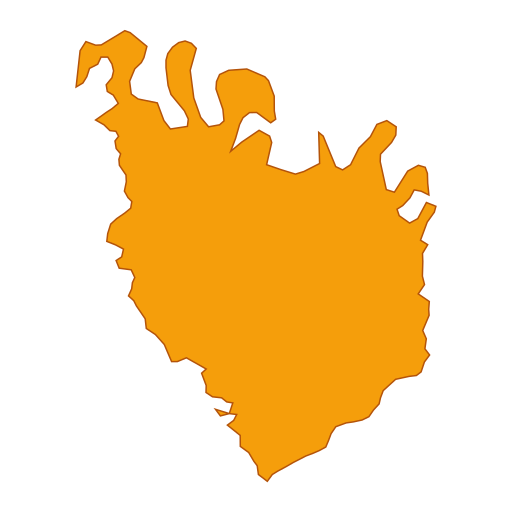 Vitória das Missões, Rio Grande do Sul, Brazil
{"feature_id": "56859067B15655627874316", "entity_name": "Vitória das Missões", "entity_type": "district", "adm_level": 2, "iso_a3": "BRA", "parent_name": "Brazil", "parent_adm1": "Rio Grande do Sul", "projection": "robinson", "projection_center": [-54.476, -28.38], "detail": "fine", "context": "isolated", "style": "filled", "palette": "amber", "viewbox_px": 512, "rotation_deg": 0, "n_neighbors": 0, "source": "geoboundaries", "source_scale": "gbopen_adm2", "svg_char_len": 2694}
<svg xmlns="http://www.w3.org/2000/svg" viewBox="0 0 512 512"><path d="M110.7,224.1L107.7,233.6L106.8,241.4L115.6,244.9L123.5,249.1L121.7,256.9L116.1,260.5L119.2,268.2L131.2,269.8L134.8,277.5L132.4,282.7L131.7,288.8L128.5,295.9L133.8,300.7L136.4,305.9L145.2,318.8L146.3,328.5L155.4,334.5L164.3,344.5L167.2,351.3L171.6,361.6L177.3,361.6L186.4,357.8L206.2,369.0L201.6,373.2L206.2,385.5L206.0,392.5L212.5,396.8L221.6,397.8L226.7,401.9L232.8,402.9L229.3,413.6L236.7,414.5L233.7,420.4L227.4,425.1L240.2,435.4L240.3,446.4L248.7,452.5L253.9,461.3L257.2,465.7L258.4,474.5L267.3,481.3L272.3,474.5L277.6,471.2L286.3,466.5L293.4,462.4L298.7,459.7L305.8,456.0L313.2,453.2L319.2,450.6L325.8,447.0L328.6,440.3L331.1,433.6L335.8,426.7L346.2,422.9L353.3,421.9L362.1,420.0L368.9,416.7L373.5,410.0L379.1,403.9L380.5,397.8L383.2,390.6L395.6,379.3L409.0,376.4L416.4,375.5L421.1,371.9L424.4,362.0L429.6,355.0L424.9,348.8L426.3,338.8L422.7,330.5L429.1,315.3L428.7,309.4L429.3,301.5L418.2,293.9L424.5,284.6L422.4,276.2L422.8,261.7L422.5,253.4L427.7,244.7L420.5,240.2L427.2,222.1L434.3,212.2L435.9,206.3L426.4,202.5L417.8,218.6L409.6,223.1L399.2,215.7L397.0,209.2L402.7,205.6L409.9,197.9L414.2,189.9L421.2,191.2L428.9,195.0L427.7,183.2L427.4,173.4L425.2,167.3L418.4,165.3L407.7,171.1L394.4,192.2L386.3,189.6L380.2,161.6L380.5,154.2L391.5,142.5L395.8,135.1L396.2,126.8L386.8,120.6L376.9,124.4L370.4,136.7L359.0,148.0L350.6,164.7L342.6,169.9L335.7,166.6L323.2,136.1L318.7,132.4L319.6,163.5L303.9,171.5L295.4,174.1L280.5,169.5L266.6,164.7L271.7,142.5L269.6,136.1L259.1,130.3L241.6,142.2L230.7,151.3L235.6,138.3L239.6,124.4L243.0,117.7L249.5,112.6L256.7,112.5L270.7,122.8L275.7,119.2L274.3,111.0L274.2,96.1L268.5,80.7L264.9,76.8L246.8,69.0L228.7,70.3L219.6,74.5L216.5,81.6L216.0,89.0L222.9,109.3L224.0,120.9L219.6,124.8L208.6,126.8L200.7,117.4L193.8,98.0L190.2,70.3L196.3,48.4L191.4,43.3L185.1,41.0L178.7,42.6L172.5,47.2L167.8,53.6L166.0,60.2L166.0,67.8L168.1,85.5L171.0,94.5L184.4,110.8L188.3,119.0L187.4,126.4L170.4,129.0L163.9,120.6L157.3,102.9L138.1,99.0L131.3,94.1L129.6,81.3L134.8,68.8L141.3,62.6L143.9,57.7L146.9,46.4L130.1,32.6L124.8,30.7L101.3,44.9L95.7,45.2L85.9,41.6L80.1,50.7L76.1,87.0L82.9,83.0L86.8,76.7L89.5,68.4L97.7,64.2L101.0,57.1L107.8,57.1L112.0,64.1L113.6,70.9L112.0,77.7L106.2,84.8L107.3,91.5L113.3,95.1L118.3,103.4L112.0,108.7L106.6,112.2L100.3,116.7L95.6,120.0L104.0,124.8L109.9,130.6L115.9,131.3L118.6,136.3L115.0,141.0L116.2,148.6L120.6,153.8L118.9,159.3L119.4,165.3L122.5,169.9L126.0,175.0L126.3,181.8L124.4,191.1L128.0,197.6L131.8,201.5L130.7,208.2L124.7,213.1L116.7,218.6L110.7,224.1ZM229.3,413.6L215.5,409.3L220.4,415.9L229.3,413.6Z" fill="#f59e0b" stroke="#b45309" stroke-width="1.5"/></svg>